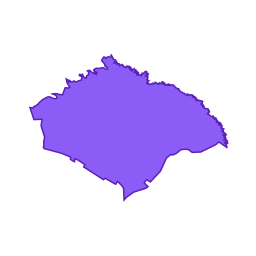 outline of La Libertad, Chiapas, Mexico, rotated 303°
{"feature_id": "50627088B29300823202402", "entity_name": "La Libertad", "entity_type": "district", "adm_level": 2, "iso_a3": "MEX", "parent_name": "Mexico", "parent_adm1": "Chiapas", "projection": "equal_earth", "projection_center": [-91.682, 17.601], "detail": "fine", "context": "isolated", "style": "filled", "palette": "violet", "viewbox_px": 256, "rotation_deg": 303, "n_neighbors": 0, "source": "geoboundaries", "source_scale": "gbopen_adm2", "svg_char_len": 5974}
<svg xmlns="http://www.w3.org/2000/svg" viewBox="0 0 256 256"><g transform="rotate(303 128 128)"><path d="M165.5,221.4L166.3,221.1L166.6,220.3L167.3,219.7L167.8,218.2L168.4,218.1L168.2,217.3L168.4,216.9L168.8,217.1L168.6,217.5L169.2,218.7L169.0,219.6L169.3,220.0L169.7,219.8L169.5,218.2L170.2,218.7L170.8,218.3L171.2,218.5L171.5,217.3L171.4,217.1L170.7,217.0L170.9,216.0L170.6,215.3L171.3,215.7L171.6,216.6L171.9,216.5L171.9,216.0L171.4,214.9L172.3,214.1L172.7,215.2L173.1,215.2L173.6,212.4L174.1,213.8L174.5,214.0L174.8,213.8L175.0,212.8L175.4,213.6L175.3,213.9L175.8,214.1L176.2,212.9L175.9,212.4L176.3,212.0L175.7,211.7L175.8,211.2L176.0,210.6L176.5,210.9L177.0,209.8L176.7,208.7L177.6,209.3L178.5,209.2L178.4,208.3L177.7,208.2L178.3,207.5L179.0,207.9L178.6,207.1L178.8,205.9L179.1,205.9L179.5,206.5L180.4,205.3L180.9,205.8L181.4,205.3L181.5,204.1L181.0,203.5L180.6,203.9L180.4,203.5L181.1,202.8L180.6,202.8L180.1,202.3L180.6,201.7L181.6,201.5L182.1,202.8L182.5,203.0L182.4,201.1L182.2,200.8L181.6,200.9L181.8,199.9L181.3,199.4L182.6,199.4L182.8,198.9L182.2,198.8L182.3,197.9L182.8,197.3L183.4,197.4L183.6,196.5L183.8,196.9L184.1,196.5L184.1,196.2L183.4,196.2L183.5,195.5L182.8,195.8L182.6,195.6L183.1,194.5L183.6,194.6L183.7,194.2L183.2,193.7L183.5,193.3L184.0,193.9L184.4,193.2L184.3,192.7L183.1,192.1L183.0,191.6L183.2,190.1L183.0,188.5L183.2,188.2L183.6,188.1L183.1,187.0L183.4,186.8L183.9,187.2L185.3,187.0L185.6,187.4L185.8,187.1L186.2,187.2L186.5,186.2L186.9,186.2L186.9,185.5L187.5,185.1L187.6,184.6L186.4,181.9L186.3,181.1L187.1,180.3L186.5,179.5L186.6,179.0L187.0,178.8L187.7,179.6L188.3,178.6L187.6,177.2L187.9,176.1L188.4,176.1L189.2,176.9L190.0,176.4L190.3,175.8L190.7,176.1L190.9,175.0L190.4,174.3L190.1,173.2L189.5,172.7L189.9,172.4L189.7,171.5L189.2,170.9L188.6,171.0L188.4,170.7L189.2,170.2L188.5,170.3L188.3,170.1L189.3,169.9L190.2,169.3L190.0,169.0L189.3,169.0L189.8,168.1L189.5,167.4L189.6,167.0L190.4,167.8L190.6,167.5L190.1,165.9L189.6,166.0L189.5,166.8L189.0,166.1L189.6,165.2L190.6,165.3L190.7,163.7L190.1,162.7L189.1,162.6L189.0,162.1L189.3,161.5L189.2,161.0L188.7,160.6L188.9,159.3L188.7,159.2L188.4,160.2L188.1,160.3L187.6,159.5L187.9,158.9L187.3,158.4L187.8,156.2L187.2,155.5L187.5,154.1L187.0,152.4L187.3,151.3L187.7,150.9L187.6,149.8L188.5,149.2L188.3,148.4L187.6,147.9L188.0,146.8L187.6,145.9L188.3,144.6L188.6,143.4L188.5,141.6L187.5,141.1L187.1,139.1L186.8,139.7L186.2,139.7L186.2,139.1L186.7,138.3L186.6,137.9L185.7,137.1L185.4,137.8L185.1,137.3L185.2,136.6L184.7,136.2L184.5,135.5L184.1,135.4L184.6,134.8L185.6,134.5L185.3,133.9L184.5,134.4L184.2,134.3L184.1,133.9L184.4,133.0L185.6,133.2L185.8,132.9L185.4,132.2L185.4,131.5L184.6,131.7L184.6,132.6L183.8,132.6L184.0,131.5L182.9,130.9L183.0,129.9L182.1,130.0L181.8,129.2L181.1,129.6L180.9,129.4L181.5,128.2L181.0,127.1L181.1,126.1L180.6,126.4L180.1,126.2L179.5,125.4L178.9,125.6L179.2,124.5L179.0,124.3L177.7,123.7L177.1,122.9L176.1,122.3L176.1,120.9L176.9,120.8L176.9,120.4L176.7,120.5L176.1,119.7L175.5,120.0L175.4,119.8L175.7,119.4L177.0,119.1L177.6,118.7L179.0,119.7L178.9,117.5L179.6,117.6L180.2,117.2L181.4,117.1L181.6,116.9L181.4,116.4L182.2,116.1L181.4,114.4L182.2,114.8L182.7,114.7L182.5,115.2L182.7,115.8L183.1,115.7L183.7,114.9L183.9,115.5L184.3,115.7L184.5,114.7L184.0,113.5L185.0,113.4L185.5,112.8L185.3,112.2L184.2,111.5L182.6,111.5L181.6,110.0L181.3,110.1L181.4,110.7L180.9,110.8L180.4,110.1L179.6,110.2L179.4,109.9L179.1,110.4L178.9,110.3L178.8,109.8L179.1,109.5L179.0,108.6L178.4,107.7L177.6,107.4L177.3,106.7L177.6,106.3L179.1,107.4L180.0,106.7L179.4,105.8L180.3,105.4L180.3,104.9L178.7,105.8L178.4,105.6L178.6,104.9L178.3,103.8L179.4,104.7L180.2,104.2L180.3,103.6L179.5,103.2L179.3,102.8L180.9,102.9L180.6,101.7L181.1,101.0L179.4,100.3L179.3,100.0L179.6,98.8L179.4,98.6L178.3,100.2L177.9,100.1L178.2,98.8L178.1,98.2L178.3,97.9L179.0,98.0L179.1,97.7L179.0,95.9L179.7,96.5L179.5,97.3L179.8,97.8L180.3,97.1L180.4,96.2L180.2,95.1L179.1,93.1L178.8,93.0L178.0,93.6L177.4,93.4L177.2,92.3L177.5,91.5L176.9,90.7L177.9,89.8L178.0,88.2L177.1,88.1L175.6,87.1L175.7,86.7L176.7,86.5L177.0,85.5L176.5,84.5L176.5,83.8L175.7,84.3L175.4,84.2L176.0,82.7L176.5,83.3L177.0,83.1L177.1,81.8L175.7,81.7L175.0,80.9L176.5,80.8L177.8,81.5L178.2,80.3L177.6,78.3L178.5,77.3L180.1,74.2L179.8,74.0L179.0,74.9L178.1,75.1L176.7,72.3L174.2,71.4L174.9,70.0L174.2,68.9L170.4,69.0L170.1,69.3L169.4,72.1L168.3,74.8L167.8,74.6L167.1,75.4L167.5,77.7L166.4,78.5L165.9,78.5L165.0,76.7L165.1,74.6L163.9,72.8L162.2,71.4L161.1,69.1L159.4,67.9L157.9,67.6L157.7,67.8L157.9,68.8L157.7,69.2L156.9,69.1L156.5,69.5L157.4,70.6L157.8,71.7L155.6,72.2L156.0,70.7L156.0,70.4L155.2,70.2L155.1,69.7L155.1,66.3L155.5,64.5L155.3,64.0L154.6,63.7L153.9,62.7L153.7,62.9L153.7,64.4L151.7,65.6L150.9,65.7L149.3,64.8L147.0,65.9L146.8,65.6L146.7,64.6L146.9,62.3L148.3,60.7L148.3,60.4L148.0,60.3L146.7,61.1L146.3,60.9L146.2,60.4L146.9,59.0L146.8,58.3L145.8,58.3L145.5,59.0L145.9,62.0L144.2,62.1L142.9,62.8L140.6,60.8L138.4,59.6L138.0,57.1L137.7,56.7L136.7,56.8L135.8,55.2L136.0,53.4L135.0,53.8L134.1,53.1L134.2,52.7L134.8,52.8L135.6,52.3L135.5,49.5L132.6,52.4L130.8,56.0L130.5,57.1L129.1,56.3L128.5,55.3L128.0,54.0L127.5,53.4L120.1,55.0L118.4,51.2L118.2,50.1L116.3,46.9L115.5,46.2L116.0,48.5L115.8,50.7L114.4,52.0L113.4,51.6L112.9,51.1L112.2,49.6L111.5,45.3L110.2,43.6L105.5,41.0L100.9,39.7L98.7,39.5L96.3,38.5L94.8,37.4L93.3,37.7L91.8,34.6L83.8,44.5L88.5,51.1L82.5,53.9L74.9,63.1L70.7,64.7L68.0,66.7L66.0,67.4L65.4,68.0L65.1,69.0L70.5,85.7L72.4,95.7L70.7,96.4L70.3,97.3L70.4,100.4L70.6,101.5L73.3,100.1L73.9,103.4L73.8,111.8L71.2,112.0L71.3,135.6L73.4,136.2L74.1,148.3L77.5,148.3L76.5,153.4L75.1,157.1L65.5,163.9L68.6,164.3L77.2,167.6L87.7,176.1L89.8,176.6L90.8,171.6L94.8,171.6L94.9,176.1L109.0,178.6L110.2,178.6L123.7,176.6L129.3,178.4L129.5,179.9L131.0,181.1L133.9,182.7L138.6,184.1L141.1,187.2L142.8,190.2L142.5,195.1L147.5,202.1L162.1,210.8L165.8,211.8L165.5,221.4Z" fill="#8b5cf6" stroke="#5b21b6" stroke-width="1.5"/></g></svg>